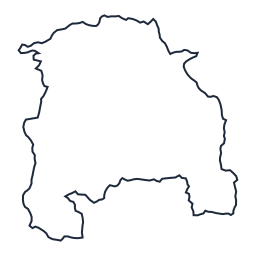 Sorocaba, São Paulo, Brazil
{"feature_id": "56859067B96974971144138", "entity_name": "Sorocaba", "entity_type": "district", "adm_level": 2, "iso_a3": "BRA", "parent_name": "Brazil", "parent_adm1": "São Paulo", "projection": "robinson", "projection_center": [-47.447, -23.47], "detail": "fine", "context": "isolated", "style": "outline", "palette": "slate", "viewbox_px": 256, "rotation_deg": 0, "n_neighbors": 0, "source": "geoboundaries", "source_scale": "gbopen_adm2", "svg_char_len": 3187}
<svg xmlns="http://www.w3.org/2000/svg" viewBox="0 0 256 256"><path d="M226.1,120.2L223.0,118.7L221.9,115.0L221.7,110.5L220.5,104.5L218.9,100.1L216.8,97.1L213.4,96.0L210.8,96.8L208.0,96.6L205.0,93.0L201.3,90.7L199.0,88.5L197.5,85.8L196.6,82.4L194.0,80.4L190.9,78.2L187.8,74.8L186.2,72.3L184.9,69.9L183.7,66.6L184.1,63.7L186.2,61.4L189.5,59.3L192.7,57.6L196.2,56.2L197.6,52.8L194.3,53.2L190.9,52.8L187.5,50.4L184.1,49.9L182.1,51.3L179.1,51.8L176.6,51.8L173.2,52.6L170.3,54.0L168.5,51.0L166.8,46.7L165.0,43.3L162.1,40.8L159.9,37.6L159.6,34.6L158.8,31.8L158.6,28.5L157.4,25.9L155.8,21.6L153.2,19.0L150.9,21.5L147.8,24.2L143.7,21.5L140.1,22.6L137.3,20.9L134.8,19.7L131.8,18.8L128.2,18.2L126.1,19.9L122.0,18.2L118.9,16.0L115.2,16.4L111.8,16.3L107.5,16.9L104.4,15.4L102.0,16.4L100.2,18.2L99.4,22.0L98.0,24.6L96.1,26.0L93.1,25.9L89.1,25.2L85.8,24.0L82.7,21.9L79.3,23.1L75.8,23.5L72.6,23.5L69.8,25.0L65.3,28.6L61.5,29.4L57.2,30.1L53.7,32.9L51.8,35.7L50.4,38.8L47.6,40.4L45.0,41.9L41.7,43.2L38.1,42.3L34.1,43.1L30.7,45.8L27.7,46.8L25.0,45.0L22.2,44.6L20.5,47.6L18.7,50.3L20.9,53.1L24.5,52.9L27.6,52.4L29.8,51.4L32.3,50.5L34.8,50.8L38.6,53.2L35.8,53.6L33.5,55.7L33.7,59.6L37.6,60.6L40.9,61.4L39.1,65.2L35.9,68.5L38.2,69.5L41.3,70.8L42.6,75.2L42.1,80.1L43.1,83.6L44.5,86.1L47.6,86.9L45.9,91.3L43.6,95.9L41.1,98.9L41.2,101.8L40.2,106.8L39.1,112.7L37.7,117.6L25.9,119.6L24.2,122.7L23.3,126.9L24.5,131.9L26.1,135.3L28.2,137.0L30.9,140.4L33.2,144.5L32.3,147.9L32.5,151.7L34.8,155.1L34.6,158.7L35.5,163.1L34.2,167.0L33.5,170.5L32.5,175.6L31.5,179.7L31.5,183.6L29.4,188.5L27.2,190.5L25.1,191.9L23.1,195.2L22.9,199.8L23.5,203.8L25.0,206.9L28.0,208.9L30.3,213.2L31.6,216.8L31.6,221.0L29.5,225.7L32.5,228.1L35.3,226.6L38.6,227.8L41.1,229.4L43.8,231.1L46.4,233.4L48.3,237.0L50.8,238.4L53.3,239.3L57.4,239.9L60.7,240.6L62.7,238.7L64.4,236.4L67.9,236.4L70.1,237.2L73.4,237.9L77.3,238.2L79.9,237.9L82.6,237.5L81.9,232.4L82.2,229.3L82.5,225.6L83.1,222.3L82.6,217.8L81.7,213.8L78.5,212.0L75.6,210.8L74.9,208.0L74.9,204.6L73.3,201.9L70.1,200.9L67.8,198.0L65.3,196.4L69.0,194.3L72.1,193.1L75.4,191.3L77.9,194.3L81.8,194.6L85.3,194.8L87.1,196.7L89.8,199.8L94.0,202.8L97.1,201.3L99.3,199.8L101.9,199.5L104.1,198.2L104.3,194.9L105.2,191.5L107.5,187.6L109.9,185.2L114.8,186.4L117.4,185.5L119.3,183.3L120.5,180.0L122.4,178.1L124.6,179.4L127.5,180.7L131.1,180.1L133.6,179.3L137.4,178.9L142.6,179.6L146.0,180.1L149.7,180.5L154.0,179.3L156.5,180.9L159.7,181.7L162.1,178.8L165.3,178.4L171.2,177.8L175.4,177.5L179.3,175.3L181.9,177.9L185.8,178.4L187.1,181.5L187.5,184.3L189.0,186.3L187.2,189.3L185.9,192.5L188.9,193.8L189.5,196.7L188.7,200.4L192.5,203.7L191.7,207.5L193.4,211.5L193.6,215.2L197.8,215.3L200.0,214.4L203.4,213.5L205.3,210.7L208.3,211.8L211.5,211.9L216.2,213.1L220.7,213.8L223.1,214.1L226.0,213.6L228.6,213.6L230.8,215.0L233.3,213.4L233.4,210.7L234.5,207.7L236.0,204.9L236.1,200.1L235.3,196.3L236.2,191.6L234.9,186.6L234.0,182.5L237.3,179.9L236.2,176.1L232.9,172.7L230.0,170.2L225.6,170.6L221.6,169.1L220.8,164.0L219.9,160.4L220.1,157.2L221.1,153.1L220.4,148.9L221.0,145.9L224.0,143.3L224.9,138.8L223.9,135.9L224.7,132.4L223.9,128.2L224.4,124.5L226.1,120.2Z" fill="none" stroke="#1e293b" stroke-width="2"/></svg>